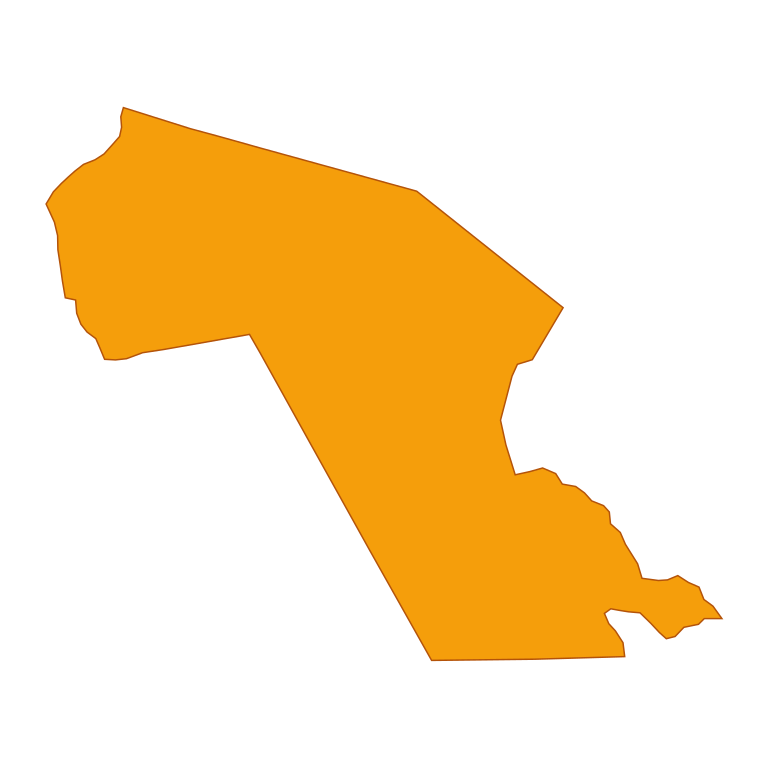 Matriz de Camaragibe, Alagoas, Brazil (Equal Earth projection)
{"feature_id": "56859067B60673202166209", "entity_name": "Matriz de Camaragibe", "entity_type": "district", "adm_level": 2, "iso_a3": "BRA", "parent_name": "Brazil", "parent_adm1": "Alagoas", "projection": "equal_earth", "projection_center": [-35.571, -9.107], "detail": "fine", "context": "isolated", "style": "filled", "palette": "amber", "viewbox_px": 768, "rotation_deg": 0, "n_neighbors": 0, "source": "geoboundaries", "source_scale": "gbopen_adm2", "svg_char_len": 1157}
<svg xmlns="http://www.w3.org/2000/svg" viewBox="0 0 768 768"><path d="M121.6,127.3L119.6,136.5L112.3,144.8L104.0,154.0L95.0,159.8L83.5,164.4L74.9,171.1L68.6,176.7L61.3,183.5L53.4,191.8L46.1,204.0L54.4,222.1L57.6,235.6L57.9,249.8L60.3,265.5L62.5,281.4L65.3,297.8L75.6,300.0L76.7,313.3L80.9,324.2L87.0,332.0L95.8,338.6L99.7,347.5L104.6,359.3L115.5,359.9L126.5,358.7L142.6,352.7L163.7,349.5L249.5,334.4L260.0,352.7L309.9,442.7L369.6,550.1L431.6,660.4L534.7,659.2L624.7,656.6L623.0,642.7L615.4,630.9L608.8,623.7L604.4,613.4L610.8,608.8L619.6,610.4L628.4,611.8L640.0,612.8L650.8,623.3L659.4,632.5L666.3,638.7L675.1,636.5L683.9,627.3L698.5,624.3L704.3,618.6L721.9,618.6L713.0,606.2L703.9,599.5L699.0,587.1L688.5,582.5L677.8,575.6L667.5,579.9L658.4,580.5L642.0,578.3L637.6,563.8L625.4,544.3L620.3,532.5L610.5,523.8L609.3,512.0L603.6,505.7L591.7,500.9L584.5,492.9L575.7,486.5L562.3,484.1L555.7,473.6L542.6,468.0L529.8,471.6L515.2,474.8L505.9,444.9L500.5,420.2L512.0,376.2L517.4,364.3L532.3,359.7L563.1,307.7L416.7,191.2L260.2,148.0L232.1,140.1L219.2,136.5L190.4,128.7L123.4,107.6L120.8,116.8L121.6,127.3Z" fill="#f59e0b" stroke="#b45309" stroke-width="1.5"/></svg>